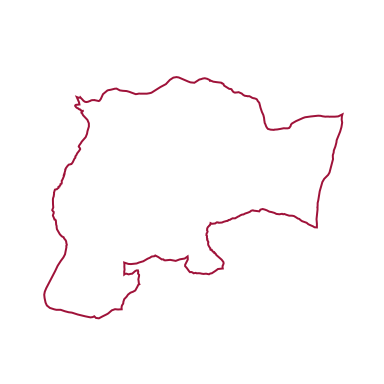 the district of Nyang'hwale, Mwanza, United Republic of Tanzania, rotated 264°
{"feature_id": "72390352B96686223722654", "entity_name": "Nyang'hwale", "entity_type": "district", "adm_level": 2, "iso_a3": "TZA", "parent_name": "United Republic of Tanzania", "parent_adm1": "Mwanza", "projection": "albers", "projection_center": [32.613, -3.178], "detail": "fine", "context": "isolated", "style": "outline", "palette": "rose", "viewbox_px": 384, "rotation_deg": 264, "n_neighbors": 0, "source": "geoboundaries", "source_scale": "gbopen_adm2", "svg_char_len": 5903}
<svg xmlns="http://www.w3.org/2000/svg" viewBox="0 0 384 384"><g transform="rotate(264 192 192)"><path d="M112.7,214.6L113.7,214.5L115.3,214.7L116.4,215.4L117.8,216.0L119.1,215.9L121.6,214.4L126.8,209.6L127.9,209.2L128.4,208.6L128.7,208.6L129.1,208.3L129.1,207.8L130.0,207.7L130.6,206.4L131.0,206.3L131.8,205.7L132.2,205.7L132.5,205.5L132.6,204.4L133.5,204.2L134.2,204.3L134.7,203.9L137.4,202.7L138.5,202.6L139.8,202.7L140.3,203.0L141.0,202.9L141.7,202.5L142.4,202.4L142.9,202.0L143.7,202.4L144.4,202.1L145.6,202.1L146.3,202.3L147.1,202.2L147.5,201.8L149.3,202.2L149.9,202.8L151.2,203.4L152.5,202.9L153.5,203.3L154.2,203.3L155.5,204.2L156.0,204.9L156.7,205.5L156.9,206.1L157.5,206.4L157.5,206.6L157.9,206.9L159.1,207.2L158.3,208.5L158.3,211.8L159.2,213.4L159.0,214.3L159.1,214.5L158.9,215.0L158.6,215.4L158.5,218.6L159.1,220.5L159.6,223.5L159.5,224.2L159.9,225.0L160.3,225.3L160.4,226.9L161.1,228.3L161.6,229.7L161.3,232.1L162.8,235.4L163.1,236.5L163.7,237.5L164.3,239.4L164.3,240.9L165.0,242.5L165.6,245.3L166.2,247.4L167.2,249.0L167.4,250.7L167.0,251.4L166.4,254.1L165.7,256.9L167.3,258.2L167.7,260.5L166.8,262.8L165.9,264.6L164.4,266.8L163.7,269.1L162.6,271.8L161.4,273.6L160.7,276.6L160.9,279.3L160.3,280.3L160.5,281.5L159.7,283.0L158.3,286.2L158.2,287.5L157.9,289.3L157.4,290.9L156.2,292.5L154.5,294.6L154.0,295.9L152.8,296.9L151.5,298.4L149.4,302.8L147.8,304.3L146.7,306.1L145.3,308.6L144.1,310.2L143.7,312.5L147.3,312.9L152.0,313.0L161.4,315.0L164.0,315.3L164.0,315.2L165.2,315.5L167.9,315.8L170.5,316.7L179.4,319.1L188.3,322.7L191.3,324.9L194.8,329.2L197.0,330.8L210.0,335.7L211.6,335.7L213.9,335.9L216.4,337.0L218.5,337.4L222.2,339.3L226.2,340.8L228.4,341.3L236.5,345.6L240.9,347.4L245.3,348.6L248.3,348.4L251.7,349.0L253.5,349.7L251.9,345.3L252.0,341.7L252.5,336.8L252.5,336.4L252.6,336.1L252.8,335.3L253.0,332.4L253.6,329.9L254.3,327.9L254.7,325.5L254.7,324.3L254.7,317.7L254.5,312.3L254.1,310.5L251.6,302.8L249.7,298.6L248.7,297.5L247.2,296.9L246.5,296.3L246.1,295.8L245.6,295.5L245.3,293.9L245.8,289.7L245.5,286.5L245.3,283.3L245.4,280.4L245.2,280.0L245.8,276.7L246.8,274.1L248.2,273.2L249.5,272.6L251.6,272.1L253.2,271.5L254.6,271.5L255.4,271.4L258.2,271.4L261.1,271.0L264.3,269.9L268.8,268.9L270.4,268.7L273.7,268.2L275.8,266.8L277.2,266.3L278.0,265.3L278.7,263.7L278.8,263.1L279.4,261.7L280.7,260.0L281.3,259.0L281.4,257.3L281.7,256.7L281.8,256.0L282.3,254.3L283.5,252.8L284.7,251.8L286.4,248.8L286.3,246.8L286.4,246.1L286.3,245.7L286.5,244.6L287.3,243.5L289.1,242.4L289.9,242.1L290.4,241.4L290.7,239.8L294.4,235.1L295.1,234.8L295.8,234.7L296.1,234.5L296.9,233.2L297.1,233.3L297.7,232.4L298.6,228.3L299.5,224.7L300.6,222.7L300.7,221.5L301.4,221.5L303.0,218.9L303.8,216.6L303.7,214.5L303.3,212.9L303.1,211.1L300.4,205.8L301.2,201.9L302.3,199.7L307.3,190.8L307.9,188.6L307.7,185.4L305.8,181.7L302.0,177.3L299.7,171.6L295.0,162.1L294.7,160.3L294.5,157.2L295.4,149.4L295.2,147.4L295.2,146.2L298.2,140.1L299.2,137.6L299.9,133.7L300.6,130.9L302.7,127.8L302.8,126.2L302.2,122.0L302.0,119.2L301.5,117.8L301.5,118.0L298.6,113.7L294.0,111.0L292.5,109.6L292.2,108.8L293.3,105.5L293.4,105.0L293.6,104.8L293.8,102.2L293.6,101.1L293.3,100.5L292.6,97.9L292.5,96.4L292.8,95.3L293.1,94.7L294.2,93.5L295.7,92.5L296.1,92.1L297.6,91.0L297.3,90.9L297.7,89.8L297.6,89.0L298.5,87.3L293.1,89.0L290.8,89.2L290.8,85.7L290.3,84.9L289.8,84.8L288.3,85.7L287.4,86.7L287.2,87.3L287.0,87.6L286.5,87.9L286.1,88.4L286.0,89.0L285.7,89.4L285.0,89.7L284.9,90.2L284.4,90.6L284.0,91.0L283.9,91.3L284.1,91.7L284.1,91.9L283.9,91.9L283.6,91.7L283.5,91.4L283.2,91.0L283.4,91.0L283.3,90.6L282.9,90.4L282.4,90.3L282.0,90.6L281.5,91.0L279.7,91.7L274.7,95.5L271.1,96.6L267.9,96.3L263.4,94.4L260.9,93.7L257.7,92.0L253.5,87.5L252.8,87.0L252.7,87.0L250.0,84.6L249.0,84.1L248.1,84.6L247.3,85.1L246.4,85.3L245.0,84.3L242.4,81.8L240.7,80.8L239.6,79.7L238.8,79.7L238.1,79.4L237.6,78.7L233.9,76.4L232.4,75.0L232.4,74.1L232.2,73.8L232.1,72.3L230.8,70.8L228.9,69.1L227.5,68.5L227.5,68.3L227.0,68.3L224.4,67.3L222.7,66.5L222.7,66.9L220.8,66.1L217.9,64.5L216.7,63.6L215.2,63.5L214.0,63.2L213.5,62.0L213.0,62.0L212.6,61.8L211.9,61.0L211.3,60.8L211.2,60.2L211.1,59.8L210.7,59.8L210.0,59.6L209.5,58.6L208.9,57.9L208.7,56.0L208.0,55.6L206.4,55.0L205.9,54.7L204.3,54.6L203.3,54.2L202.6,54.2L200.4,53.2L199.2,52.9L194.6,52.5L191.1,52.4L188.6,51.1L187.4,51.7L186.8,52.3L185.6,52.3L183.3,51.2L182.3,51.4L181.0,51.9L179.9,52.1L178.9,52.4L178.8,53.2L177.7,53.6L173.7,53.5L172.4,53.8L170.8,53.7L169.1,53.8L163.7,56.2L161.5,57.9L160.4,59.6L159.3,59.9L157.0,61.4L155.6,61.7L154.3,61.7L152.5,62.0L151.7,61.4L151.1,61.3L150.5,61.4L143.3,59.2L140.3,57.2L137.3,54.4L132.7,50.7L127.6,47.6L111.6,37.0L108.3,35.2L105.3,34.3L102.0,34.3L97.3,34.8L94.3,35.8L91.6,38.5L89.8,42.5L89.0,44.8L88.6,49.0L86.7,53.1L85.3,56.8L84.6,59.9L82.1,65.6L79.5,72.9L77.9,78.0L78.0,80.3L78.6,81.8L76.8,83.3L76.1,86.2L77.6,89.9L79.3,94.5L80.0,96.0L82.7,99.9L83.5,103.2L82.9,106.0L82.7,109.8L84.8,109.9L86.5,110.5L88.2,111.9L90.0,112.3L92.5,113.4L94.7,116.0L96.7,117.7L98.3,120.3L99.0,123.0L100.0,125.3L103.7,127.9L105.1,128.7L105.8,130.0L106.5,129.6L109.1,129.6L110.7,129.5L114.1,130.6L115.2,130.7L116.1,130.0L116.9,129.8L118.2,130.2L119.7,130.0L119.8,128.6L119.2,127.1L117.0,124.0L117.0,122.3L116.7,120.4L117.6,118.3L117.7,117.2L117.0,116.0L120.1,116.3L121.7,116.8L124.8,116.9L126.9,117.2L128.9,117.2L127.1,121.2L126.7,123.8L126.7,129.5L127.4,131.9L128.2,136.3L130.3,140.9L131.0,143.2L132.0,145.1L132.1,148.1L132.7,148.8L130.9,151.6L128.1,154.9L128.1,155.7L127.9,156.6L127.0,157.3L126.8,158.7L126.8,163.2L125.2,168.6L126.3,172.9L126.6,177.8L128.4,180.9L127.0,180.9L125.2,180.7L120.4,177.6L119.0,177.4L116.9,178.9L113.4,180.9L112.5,181.6L112.5,182.9L111.9,184.2L111.0,185.0L111.2,187.3L110.7,188.0L110.5,190.4L110.3,191.5L109.7,193.3L109.3,195.0L109.3,197.4L108.4,200.3L109.0,201.6L109.1,203.2L111.0,206.9L112.7,209.8L112.7,214.6Z" fill="none" stroke="#9f1239" stroke-width="2"/></g></svg>